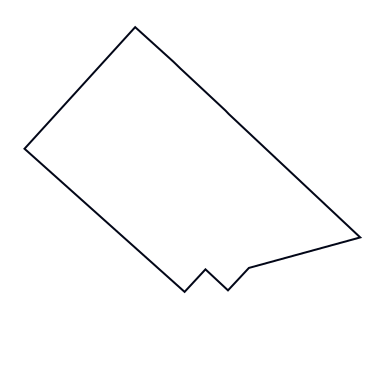 the district of De Witt, Illinois, United States of America, rotated 43°
{"feature_id": "52423323B29200819911561", "entity_name": "De Witt", "entity_type": "district", "adm_level": 2, "iso_a3": "USA", "parent_name": "United States of America", "parent_adm1": "Illinois", "projection": "equal_earth", "projection_center": [-88.9, 40.166], "detail": "fine", "context": "isolated", "style": "outline", "palette": "ink", "viewbox_px": 384, "rotation_deg": 43, "n_neighbors": 0, "source": "geoboundaries", "source_scale": "gbopen_adm2", "svg_char_len": 304}
<svg xmlns="http://www.w3.org/2000/svg" viewBox="0 0 384 384"><g transform="rotate(43 192 192)"><path d="M40.0,274.6L254.7,270.1L254.6,239.4L285.4,239.4L285.4,208.7L346.0,110.5L165.7,109.9L161.0,109.6L99.2,109.6L89.9,109.4L38.0,110.2L40.0,274.6Z" fill="none" stroke="#020617" stroke-width="2"/></g></svg>